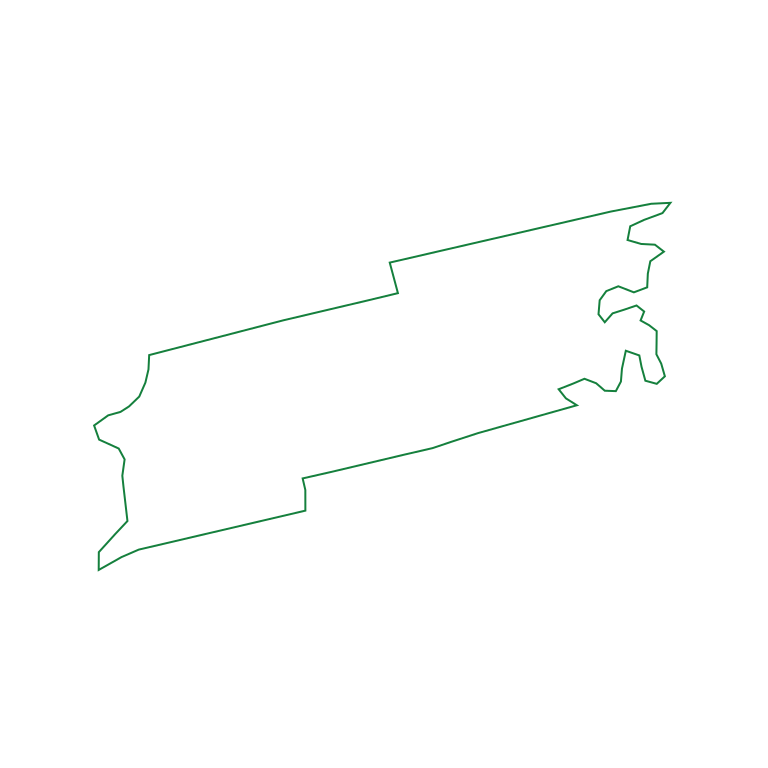 Salvador das Missões, Rio Grande do Sul, Brazil, rotated 77°
{"feature_id": "56859067B44192051528509", "entity_name": "Salvador das Missões", "entity_type": "district", "adm_level": 2, "iso_a3": "BRA", "parent_name": "Brazil", "parent_adm1": "Rio Grande do Sul", "projection": "albers", "projection_center": [-54.83, -28.098], "detail": "fine", "context": "isolated", "style": "outline", "palette": "green", "viewbox_px": 768, "rotation_deg": 77, "n_neighbors": 0, "source": "geoboundaries", "source_scale": "gbopen_adm2", "svg_char_len": 1105}
<svg xmlns="http://www.w3.org/2000/svg" viewBox="0 0 768 768"><g transform="rotate(77 384 384)"><path d="M271.9,64.2L268.5,83.1L267.0,124.2L267.0,197.0L267.0,292.1L267.0,351.1L298.6,350.0L298.9,381.2L299.3,467.4L303.0,606.3L316.8,610.2L329.0,616.2L341.2,625.3L348.5,637.5L351.9,647.0L352.5,659.8L359.2,675.8L374.1,674.1L387.2,657.0L399.1,653.7L414.5,659.6L425.1,660.9L459.8,664.8L469.5,679.3L483.7,699.7L501.0,703.8L493.6,678.7L490.2,660.2L489.7,489.1L469.6,484.5L457.7,484.5L457.8,456.1L457.4,380.5L457.4,351.1L455.5,331.8L453.0,303.4L448.1,200.9L438.9,210.0L428.4,215.0L426.1,199.4L424.0,187.5L431.0,177.1L440.2,170.4L443.1,159.7L434.9,152.6L422.6,148.7L406.0,140.9L413.6,128.8L425.1,129.2L439.6,128.6L445.2,118.2L439.7,108.6L426.5,109.3L416.3,111.9L405.8,109.3L393.8,106.4L386.3,112.5L379.8,119.7L371.9,114.2L364.3,120.3L365.6,133.1L366.6,145.4L373.5,155.0L364.3,159.3L350.9,155.0L343.5,146.5L341.5,133.7L350.9,119.9L349.0,105.8L335.8,102.1L324.3,96.9L318.0,81.5L309.2,88.7L305.4,101.9L298.5,114.3L285.7,108.6L282.6,93.7L280.1,74.2L271.9,64.2Z" fill="none" stroke="#15803d" stroke-width="2"/></g></svg>